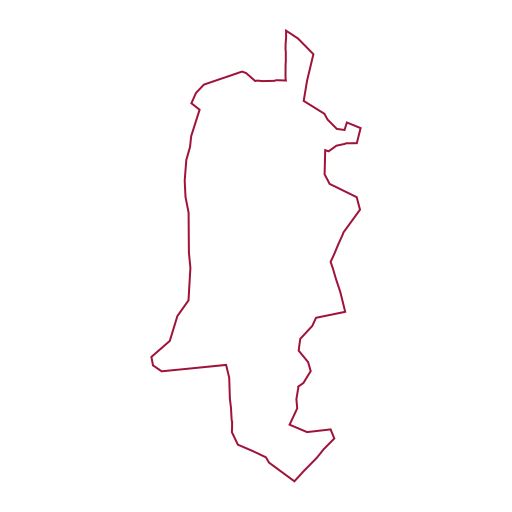 the district of Ahoada East, Rivers, Nigeria
{"feature_id": "59680162B72068294191364", "entity_name": "Ahoada East", "entity_type": "district", "adm_level": 2, "iso_a3": "NGA", "parent_name": "Nigeria", "parent_adm1": "Rivers", "projection": "robinson", "projection_center": [6.655, 5.061], "detail": "fine", "context": "isolated", "style": "outline", "palette": "rose", "viewbox_px": 512, "rotation_deg": 0, "n_neighbors": 0, "source": "geoboundaries", "source_scale": "gbopen_adm2", "svg_char_len": 1328}
<svg xmlns="http://www.w3.org/2000/svg" viewBox="0 0 512 512"><path d="M294.4,481.3L303.7,471.1L305.6,469.2L312.4,462.3L316.8,457.8L323.8,449.1L334.3,438.5L330.6,429.4L307.1,432.1L300.0,429.1L289.6,424.7L297.2,408.4L296.4,399.1L298.3,387.7L298.2,386.6L303.4,383.0L310.7,371.1L308.1,362.1L298.7,350.7L299.5,344.1L300.3,338.8L312.3,325.9L316.0,317.8L345.2,311.8L340.3,292.0L336.0,279.1L332.7,267.9L330.6,261.9L334.1,254.4L338.2,244.5L342.7,234.6L343.4,232.5L360.0,209.7L356.7,197.2L329.6,183.9L327.4,179.6L324.6,174.4L325.2,150.2L328.6,151.3L336.4,145.7L344.7,143.9L346.2,143.3L356.8,143.2L360.6,128.1L346.9,122.5L344.5,130.0L336.8,128.9L327.5,119.5L324.4,113.8L303.7,100.9L307.1,80.5L313.4,54.2L298.0,38.5L286.1,30.7L286.1,38.3L285.6,43.6L285.5,49.8L285.8,51.1L285.8,62.2L285.6,63.5L285.5,75.4L285.6,79.0L285.9,80.5L276.3,80.2L274.5,80.8L272.0,80.9L262.5,81.1L257.3,80.6L255.2,81.0L246.0,73.0L242.0,71.6L203.9,84.6L196.0,92.9L191.4,103.3L199.6,109.7L191.2,136.1L190.0,147.1L186.3,160.0L184.7,180.7L185.5,196.9L188.6,212.7L188.9,252.3L190.4,267.9L188.5,300.4L177.4,316.0L169.8,340.9L151.4,356.9L153.0,365.4L161.6,371.3L226.1,364.9L229.2,377.7L229.9,399.0L231.0,408.0L231.6,419.4L232.1,422.2L232.1,426.6L231.9,432.2L237.9,444.7L252.4,450.9L265.9,457.3L269.1,462.7L294.4,481.3Z" fill="none" stroke="#9f1239" stroke-width="2"/></svg>